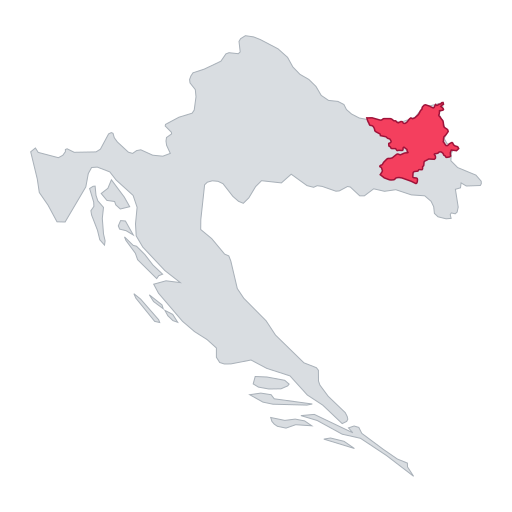 Croatia, with Osjecko-Baranjska highlighted
{"feature_id": "HRV-1603", "entity_name": "Osjecko-Baranjska", "entity_type": "County", "adm_level": 1, "iso_a3": "HRV", "parent_name": "Croatia", "parent_adm1": "", "projection": "mercator", "projection_center": [18.514, 45.561], "detail": "fine", "context": "in_parent", "style": "filled", "palette": "rose", "viewbox_px": 512, "rotation_deg": 0, "n_neighbors": 0, "source": "natural_earth", "source_scale": "10m", "svg_char_len": 7663}
<svg xmlns="http://www.w3.org/2000/svg" viewBox="0 0 512 512"><path d="M35.4,148.0L38.2,152.4L58.4,157.7L62.8,155.3L65.4,151.7L65.4,149.5L67.1,148.8L74.2,152.3L96.0,151.9L100.4,149.2L108.6,133.9L111.3,132.6L113.0,133.3L114.3,137.8L117.4,142.0L128.4,152.2L132.6,153.4L136.6,150.6L140.8,149.8L152.7,155.2L162.8,156.2L170.3,153.4L166.6,145.3L166.0,141.1L166.5,137.5L171.6,133.9L171.4,132.3L165.2,126.0L165.5,124.4L179.0,117.2L192.1,113.2L194.2,110.1L196.0,96.8L195.3,89.6L190.0,82.9L189.6,79.5L190.9,76.0L193.0,72.8L204.3,69.1L220.9,61.2L225.9,53.9L229.0,52.7L238.3,53.7L240.2,51.9L239.0,41.4L240.6,38.7L245.4,35.7L253.6,36.9L260.4,39.6L278.1,48.9L287.6,57.4L292.8,66.9L299.9,74.3L308.9,79.5L316.0,86.5L321.2,95.4L328.5,100.4L337.9,101.4L343.9,104.5L346.4,109.5L351.5,114.0L359.2,118.0L371.2,120.2L401.4,122.1L414.9,117.4L425.0,105.2L429.3,106.0L443.3,102.5L442.4,109.8L438.3,113.0L442.5,120.6L446.5,132.8L444.3,138.8L447.0,143.5L455.5,148.2L453.1,149.6L451.2,153.6L450.9,160.8L457.7,167.6L475.9,175.1L481.2,181.2L481.3,183.7L480.3,185.5L466.3,186.0L461.1,182.9L460.5,187.8L455.4,189.3L458.2,207.1L457.1,212.1L455.2,213.8L451.3,212.9L450.2,214.6L451.1,218.4L446.1,218.8L438.0,216.8L434.4,213.4L433.7,206.7L431.1,201.3L424.7,195.8L411.4,194.9L395.8,189.7L384.5,191.3L373.7,188.8L364.4,195.8L359.7,195.8L350.3,187.0L347.5,186.5L339.3,190.9L335.9,191.2L322.2,186.4L317.2,185.7L313.6,187.3L307.0,185.6L291.2,174.2L281.4,182.9L261.5,180.7L255.6,186.6L248.8,197.9L243.3,203.3L238.5,201.3L232.9,196.4L223.0,183.7L218.0,181.3L212.3,180.8L207.3,182.2L204.6,184.8L200.8,219.7L200.7,229.5L211.7,238.6L224.6,254.1L228.8,255.9L230.8,261.0L237.3,288.6L243.8,298.3L266.1,320.8L275.5,335.1L303.9,362.8L316.4,367.7L318.4,370.3L318.5,381.1L319.9,385.1L328.2,396.3L345.3,412.7L347.2,416.5L347.8,419.2L346.7,421.4L342.2,423.6L322.7,405.1L307.3,395.0L290.0,375.9L266.8,368.4L251.0,360.0L230.9,363.9L224.4,364.0L219.7,362.5L216.4,357.3L216.4,348.0L207.1,339.6L194.5,331.6L182.5,321.3L158.5,293.2L153.7,284.2L166.0,280.8L180.3,282.6L164.9,270.6L142.8,247.1L136.2,235.9L135.5,223.9L137.1,207.3L133.1,195.4L116.1,180.0L109.8,171.9L97.3,167.1L91.6,167.5L88.3,173.5L85.8,186.9L65.1,222.0L57.0,221.8L48.0,205.1L39.3,192.5L37.3,179.1L30.7,151.8L35.4,148.0ZM407.4,463.1L407.5,466.9L413.6,476.3L386.3,455.4L360.5,438.3L342.2,434.2L317.2,420.5L300.9,415.6L314.3,414.4L352.8,432.8L348.5,427.9L354.1,426.0L358.8,427.4L361.8,433.4L383.5,449.5L397.3,459.0L407.4,463.1ZM105.1,240.9L104.5,245.1L99.8,239.8L97.5,230.3L91.6,215.0L90.9,210.7L93.9,206.4L93.7,202.1L89.6,188.5L93.1,186.3L95.1,186.1L96.0,195.4L97.8,200.8L103.5,207.4L102.3,218.4L103.5,233.9L105.1,240.9ZM129.7,206.7L120.3,209.0L115.8,204.9L114.6,201.5L106.9,200.4L101.2,193.5L107.9,188.3L111.4,179.8L124.3,197.1L129.7,206.7ZM281.0,388.8L268.9,389.0L258.4,387.1L253.2,383.9L255.2,376.5L266.9,377.0L284.7,380.3L289.1,384.1L287.7,385.9L281.0,388.8ZM312.3,404.0L306.9,405.1L272.9,404.2L262.9,402.1L249.7,394.7L260.8,393.1L271.1,394.7L274.2,398.8L312.3,404.0ZM158.7,275.7L156.7,278.6L137.6,259.7L135.4,253.3L125.9,240.4L124.5,236.9L133.2,245.4L136.5,246.2L144.8,254.5L152.9,265.0L162.6,274.2L158.7,275.7ZM270.7,417.5L284.8,420.4L295.2,419.1L304.6,420.9L311.8,425.8L295.7,424.7L286.0,428.1L277.4,426.3L274.2,424.1L271.9,421.4L270.7,417.5ZM158.7,319.8L159.7,322.5L154.7,321.4L135.9,298.2L133.9,293.7L140.6,299.1L158.7,319.8ZM125.4,221.0L133.3,235.0L126.1,230.7L119.6,229.1L118.3,225.9L120.6,220.6L125.4,221.0ZM344.0,441.3L354.4,448.5L323.8,439.1L330.5,438.0L344.0,441.3ZM172.7,314.4L177.7,322.3L172.9,320.6L167.9,315.8L164.9,310.4L172.7,314.4ZM162.0,304.9L163.2,308.7L153.6,301.6L149.3,294.8L162.0,304.9Z" fill="#d9dde1" stroke="#a8b0b8" stroke-width="1"/><path d="M437.0,105.4L437.4,105.3L438.7,104.4L440.3,104.0L441.1,103.5L441.9,102.6L443.0,102.5L443.5,104.2L442.1,105.1L441.5,105.7L440.8,106.5L442.4,107.7L443.2,108.6L443.5,109.5L442.9,110.2L441.9,110.4L439.5,110.7L439.3,113.7L439.1,114.3L438.8,114.8L438.7,115.2L439.0,115.9L440.2,117.1L440.7,118.1L442.9,120.8L443.3,122.5L443.6,125.8L444.2,127.2L445.3,128.1L446.6,128.8L447.7,129.8L448.2,131.4L447.7,132.3L445.6,135.2L444.8,135.9L443.9,136.8L443.5,138.8L443.5,140.9L443.2,141.8L443.8,142.4L445.4,144.9L446.1,145.6L447.5,145.6L448.5,144.8L449.3,143.8L450.6,143.1L451.3,142.7L452.0,142.5L452.7,143.0L453.1,143.9L453.4,144.4L453.7,144.9L454.5,145.6L455.8,146.2L456.9,146.4L457.9,147.0L458.7,148.6L456.5,150.7L451.9,150.1L451.3,150.0L450.3,152.7L450.4,154.7L450.7,156.0L449.6,156.9L447.0,157.4L446.3,157.4L445.9,157.2L445.7,156.7L445.2,156.0L444.9,155.8L444.0,155.3L443.8,155.1L443.6,154.8L443.5,154.6L443.4,154.1L443.3,153.8L443.0,153.4L442.6,153.0L441.6,152.2L440.9,151.9L439.9,151.9L439.5,152.0L439.0,152.1L438.7,152.4L438.3,152.9L437.8,153.2L437.1,153.4L435.0,153.8L434.5,153.9L434.4,154.2L434.3,154.4L434.4,154.7L434.6,155.0L435.2,155.7L435.3,155.9L435.4,156.2L435.5,157.0L435.5,157.6L435.4,158.3L434.9,158.8L434.3,159.3L428.7,159.0L427.2,159.9L425.4,160.8L424.6,161.2L424.2,161.7L424.1,162.0L424.0,162.4L423.8,165.0L423.7,165.5L423.5,165.9L423.0,166.3L422.8,166.5L422.6,166.7L422.6,167.1L422.6,167.5L422.6,168.1L422.6,168.6L422.4,169.3L422.2,169.6L421.9,169.7L419.2,169.6L418.7,169.8L418.4,170.2L418.2,170.6L417.9,171.1L414.6,171.5L413.7,171.9L413.2,172.5L413.1,173.0L413.0,173.4L412.8,176.5L412.8,177.0L413.0,177.3L413.4,177.5L413.8,177.7L416.4,178.0L416.8,178.2L417.2,178.5L417.4,179.0L417.5,179.6L417.4,181.0L417.3,181.7L417.1,182.3L416.8,183.0L416.4,183.4L416.0,183.5L415.7,183.5L415.1,183.2L411.3,181.3L401.8,177.9L399.0,177.5L397.0,177.7L396.0,178.0L395.5,178.4L395.1,178.9L394.5,179.5L393.5,179.8L391.1,180.0L389.4,179.8L384.3,177.9L383.6,177.4L383.4,177.2L383.2,177.0L380.2,174.7L382.3,171.4L382.4,170.3L382.2,170.0L382.0,169.5L381.8,168.6L381.6,168.1L381.4,167.7L381.2,167.4L380.5,167.0L379.9,166.7L379.8,166.4L379.8,166.1L380.0,165.9L380.2,165.7L380.4,165.5L380.6,165.3L380.9,165.2L381.2,165.1L381.7,165.0L382.1,164.7L382.5,164.3L383.5,162.5L383.9,162.0L386.5,159.4L387.3,158.7L388.2,158.4L390.2,158.4L391.7,158.0L392.2,157.9L396.5,154.4L397.3,154.0L397.9,154.0L399.8,154.7L400.6,154.8L400.7,154.7L404.1,153.2L405.3,152.9L407.0,152.8L407.8,152.7L408.0,152.5L408.0,152.3L407.4,151.6L407.2,151.2L407.0,150.7L407.1,150.0L407.0,149.7L406.8,149.3L405.3,148.3L404.5,147.5L404.2,147.3L403.9,147.3L403.6,147.3L403.3,147.5L403.2,147.8L403.1,148.2L403.0,149.5L403.0,149.8L402.8,150.1L402.4,150.4L401.9,150.5L398.8,150.3L398.3,150.4L397.7,150.6L397.3,150.6L397.0,150.5L396.7,150.2L395.9,149.0L395.6,148.8L395.5,148.6L395.3,148.6L392.0,148.6L391.6,148.5L391.3,148.4L390.9,148.0L390.3,146.9L390.0,146.6L389.7,146.4L389.3,146.3L389.1,146.2L388.9,146.0L388.7,144.0L388.8,143.6L388.8,143.4L389.0,143.3L390.0,142.9L390.5,142.6L391.1,141.8L391.1,141.3L390.9,140.8L390.6,140.2L389.9,139.1L389.3,138.8L387.9,138.4L387.4,138.1L386.5,137.2L386.1,136.9L385.6,136.7L380.4,135.6L380.2,134.3L380.1,134.1L379.9,133.9L376.1,131.9L375.3,131.3L374.8,130.7L374.7,129.9L374.5,129.2L374.3,128.4L373.6,127.1L373.1,126.4L372.6,126.0L372.2,125.7L370.0,125.3L369.7,125.0L369.3,124.4L369.0,123.4L368.1,121.8L367.4,120.0L366.8,117.9L372.1,117.8L380.2,120.1L381.0,120.1L381.9,119.8L383.2,118.8L383.9,118.6L390.2,118.6L391.6,119.0L393.9,120.8L395.7,120.8L397.0,122.3L398.3,122.8L399.6,122.2L400.9,121.5L402.1,121.6L403.4,123.2L403.9,123.4L404.4,123.4L405.0,123.4L405.5,123.2L407.0,122.1L409.6,118.8L410.9,117.9L412.6,118.7L414.6,118.0L417.9,115.1L418.8,114.0L420.5,110.7L421.6,109.4L421.8,109.4L422.0,108.7L422.2,107.4L422.5,106.9L424.2,105.1L425.6,104.8L429.4,106.1L432.5,107.7L433.4,107.9L434.2,107.4L434.5,106.6L434.9,105.6L435.6,104.5L436.6,105.4L437.0,105.4Z" fill="#f43f5e" stroke="#9f1239" stroke-width="1.5"/></svg>